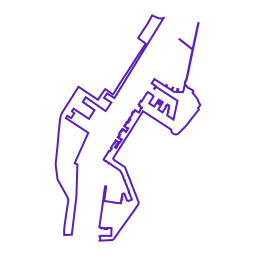 the district of Police Department Port Said Port, Bur Sa`id, Egypt
{"feature_id": "37247803B70757387881176", "entity_name": "Police Department Port Said Port", "entity_type": "district", "adm_level": 2, "iso_a3": "EGY", "parent_name": "Egypt", "parent_adm1": "Bur Sa`id", "projection": "robinson", "projection_center": [32.315, 31.253], "detail": "fine", "context": "isolated", "style": "outline", "palette": "violet", "viewbox_px": 256, "rotation_deg": 0, "n_neighbors": 0, "source": "geoboundaries", "source_scale": "gbopen_adm2", "svg_char_len": 5712}
<svg xmlns="http://www.w3.org/2000/svg" viewBox="0 0 256 256"><path d="M185.3,126.7L188.7,122.5L190.4,120.2L198.9,109.5L198.0,108.1L200.3,105.1L197.9,100.5L197.8,99.4L192.5,92.6L193.0,91.7L193.3,91.8L193.2,90.5L191.0,89.3L187.7,87.6L185.5,84.8L185.3,84.4L185.2,84.1L185.1,83.7L185.1,83.3L185.1,82.8L185.3,82.2L186.3,80.1L186.6,79.4L187.0,78.2L188.0,73.4L192.2,53.1L198.5,23.2L198.2,23.2L192.6,49.4L179.6,39.2L179.5,39.3L192.6,49.6L190.6,58.8L187.7,73.3L186.6,78.1L186.1,79.7L185.6,80.8L185.0,81.9L184.8,82.5L184.8,83.0L184.8,83.5L184.9,84.0L185.1,84.6L184.4,85.9L183.8,89.2L183.4,90.9L182.9,92.2L177.8,92.0L177.8,90.4L178.1,90.4L178.2,89.1L177.2,89.1L177.1,90.3L177.6,90.4L177.5,92.0L173.7,91.7L171.7,90.3L172.4,89.1L172.2,89.0L173.1,87.6L172.9,87.5L172.1,88.8L171.8,88.7L171.1,89.9L166.3,86.7L167.0,85.5L166.4,85.0L165.5,86.3L154.4,79.1L151.7,83.4L155.7,86.0L154.1,88.5L154.6,88.9L156.0,86.8L159.4,89.0L177.5,100.8L173.5,119.6L167.2,115.4L168.0,111.8L168.3,111.9L168.3,111.7L168.0,111.6L168.5,109.2L168.8,109.3L168.9,109.0L168.6,109.0L169.3,105.6L167.5,104.5L166.7,105.9L166.1,105.5L165.6,106.4L166.1,106.9L162.5,112.4L158.3,109.5L162.8,102.2L161.4,101.3L159.5,104.5L158.1,103.5L160.0,100.4L158.7,99.6L156.1,103.7L154.2,106.6L149.3,103.4L149.3,103.1L153.6,96.4L153.5,96.1L152.6,95.6L152.5,95.1L147.8,92.0L147.7,92.0L145.7,94.9L141.6,101.5L140.7,100.9L138.7,104.5L139.9,105.2L139.4,106.2L141.3,107.4L141.7,107.3L142.0,107.7L141.6,108.4L141.1,108.2L140.0,110.2L140.2,110.5L138.9,112.6L136.6,111.2L135.0,110.0L134.4,111.1L134.2,111.0L133.8,111.7L134.1,111.9L134.0,112.1L133.0,111.6L131.9,113.2L132.6,113.8L130.5,117.2L130.4,117.2L129.6,118.4L130.4,119.2L130.3,119.4L129.1,118.7L128.8,119.1L129.9,120.4L129.6,120.8L128.6,120.2L127.5,121.7L128.3,122.4L127.9,122.9L126.5,122.2L126.0,123.0L126.5,123.5L125.1,125.8L124.8,125.6L124.7,125.4L124.4,125.8L124.6,125.9L125.0,126.0L124.7,126.5L125.7,127.1L125.7,127.3L127.3,128.4L127.6,128.3L127.8,127.9L128.2,128.1L128.2,128.5L126.1,131.9L124.7,131.0L124.8,130.8L125.0,130.8L125.1,130.7L124.5,130.3L124.4,130.5L124.6,130.6L124.4,130.8L123.3,130.2L123.7,129.6L123.0,129.1L122.8,129.5L123.2,129.8L123.1,130.0L122.6,129.6L122.4,129.8L122.5,129.9L122.2,130.4L121.9,130.2L122.3,129.5L122.0,129.3L121.1,130.7L121.4,130.9L121.8,130.4L122.0,130.6L121.2,131.8L120.5,131.4L119.0,133.8L120.2,134.6L119.3,135.8L119.1,135.6L118.9,136.0L118.7,135.9L118.4,136.3L119.6,137.0L119.1,137.7L118.0,137.0L117.7,137.3L121.3,139.7L121.6,139.3L121.9,139.5L119.9,142.4L119.6,142.2L116.1,148.1L114.8,147.3L118.2,142.2L118.1,141.8L115.8,140.3L115.7,140.6L115.5,140.4L115.1,141.1L115.3,141.7L114.4,143.3L114.0,143.1L112.6,145.2L110.9,147.8L111.8,148.4L109.8,151.4L109.0,150.9L103.6,159.4L103.6,159.6L103.6,159.8L105.7,161.3L106.0,161.0L108.7,163.0L108.8,163.1L108.7,163.4L108.8,163.4L109.0,163.3L109.4,163.5L109.5,163.3L111.8,164.9L112.0,165.2L112.0,165.3L116.2,168.0L119.6,170.3L120.1,170.7L120.4,171.2L120.7,171.6L121.9,173.9L122.1,173.9L122.2,174.2L122.3,174.6L123.4,177.2L123.2,177.3L124.1,179.8L124.4,179.8L124.6,179.9L124.8,180.1L125.0,180.4L125.1,180.7L125.0,181.1L124.8,181.3L126.2,184.8L126.4,184.7L128.1,189.7L128.4,189.5L129.2,191.9L128.7,192.2L128.8,192.5L129.1,192.4L131.9,199.5L131.6,199.9L128.2,200.9L127.7,200.8L127.3,200.7L127.0,200.4L126.8,200.0L124.6,194.1L124.4,193.8L124.1,193.6L123.8,193.5L123.5,193.4L123.2,193.5L122.7,193.8L122.4,194.1L122.2,194.4L122.0,196.4L122.4,196.4L122.2,197.8L121.7,197.8L121.6,198.4L122.2,198.5L121.9,199.9L121.2,199.8L121.1,200.9L121.3,200.9L121.0,203.2L114.1,202.7L114.1,202.4L112.0,202.1L104.5,201.0L104.4,201.2L104.2,201.1L104.2,200.5L104.3,200.5L106.2,186.7L106.1,186.4L105.9,186.3L105.8,186.2L105.6,186.2L105.4,186.2L105.2,186.3L105.0,186.5L101.6,212.0L101.4,213.3L100.2,221.4L99.7,224.8L99.4,226.5L99.4,226.9L99.5,227.2L99.8,227.5L100.1,227.6L100.6,227.6L100.8,227.7L100.9,227.8L100.8,228.1L101.0,228.2L101.3,228.3L101.5,228.4L101.7,228.2L101.7,227.9L104.6,228.0L104.5,229.1L107.2,229.0L107.1,228.0L111.5,228.1L111.3,235.9L100.2,235.8L99.4,236.5L99.7,237.1L99.9,237.5L100.1,238.1L100.1,238.7L100.2,239.3L100.1,239.8L100.0,240.0L99.7,240.6L100.4,240.6L111.4,240.1L112.6,239.9L113.2,239.6L113.6,239.3L114.0,238.7L116.3,235.5L117.8,233.3L119.5,230.9L129.7,216.7L134.8,209.6L136.8,206.5L138.1,204.8L138.4,203.9L138.7,202.8L138.6,202.0L138.3,201.3L135.0,192.8L132.7,187.2L131.5,183.8L124.9,167.1L122.5,165.6L117.1,162.0L115.4,160.9L114.5,160.3L113.7,159.6L113.3,159.1L113.2,158.6L113.3,158.2L117.8,151.0L127.5,135.9L142.9,111.3L144.3,112.1L145.6,112.9L153.5,118.1L160.5,122.6L169.2,128.3L171.1,129.5L171.3,130.4L171.4,131.3L171.6,131.9L172.0,132.5L172.7,133.3L173.7,134.0L175.0,134.4L176.3,134.4L177.4,134.1L178.2,133.7L178.6,133.3L185.3,126.7ZM64.2,235.0L71.8,234.7L76.4,196.5L77.4,164.5L74.7,163.2L88.3,132.8L65.9,118.1L67.2,115.8L71.2,118.1L74.3,113.3L71.9,111.4L73.6,108.7L89.0,118.9L94.5,110.1L82.8,102.0L85.7,97.2L105.7,111.1L111.4,102.5L104.0,97.9L107.1,93.5L114.4,98.1L163.6,18.0L160.9,18.6L158.0,18.1L152.2,15.4L147.5,23.9L138.9,36.8L138.2,37.9L138.7,38.5L143.2,41.8L145.2,43.1L145.4,43.4L145.6,43.9L145.3,44.3L140.3,52.1L137.8,55.7L127.0,72.6L121.0,81.6L113.4,93.9L112.9,94.4L112.5,94.2L105.2,89.1L102.0,93.6L97.9,99.7L90.9,95.1L84.5,90.8L79.9,87.7L78.5,86.8L69.0,102.0L68.1,103.3L65.4,107.5L62.4,112.2L61.4,114.2L61.0,115.0L60.7,116.0L60.4,118.0L60.2,118.9L59.7,122.3L59.4,125.5L58.7,132.1L58.4,136.1L57.4,147.1L55.7,163.4L55.9,167.2L56.6,171.7L57.3,178.0L57.5,179.1L57.6,179.6L57.9,180.1L65.7,194.0L66.8,196.0L67.4,197.4L67.9,198.4L68.1,199.1L68.2,199.5L68.2,200.7L68.1,202.4L67.9,203.3L67.5,205.9L66.3,213.4L65.5,219.1L64.7,224.6L64.2,229.7L64.1,232.3L64.2,233.1L64.3,233.9L64.2,235.0Z" fill="none" stroke="#5b21b6" stroke-width="2"/></svg>